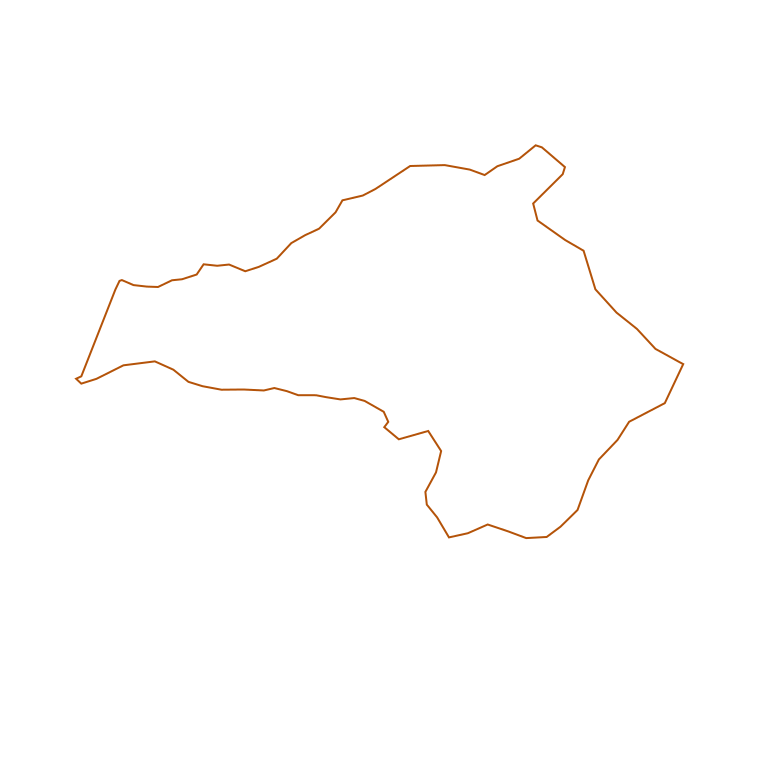 the district of Trimiklini, Limassol, Cyprus, rotated 251°
{"feature_id": "46923920B95743207608063", "entity_name": "Trimiklini", "entity_type": "district", "adm_level": 2, "iso_a3": "CYP", "parent_name": "Cyprus", "parent_adm1": "Limassol", "projection": "equal_earth", "projection_center": [32.914, 34.854], "detail": "fine", "context": "isolated", "style": "outline", "palette": "amber", "viewbox_px": 768, "rotation_deg": 251, "n_neighbors": 0, "source": "geoboundaries", "source_scale": "gbopen_adm2", "svg_char_len": 1219}
<svg xmlns="http://www.w3.org/2000/svg" viewBox="0 0 768 768"><g transform="rotate(251 384 384)"><path d="M489.2,94.6L482.9,97.9L482.5,113.8L486.5,143.7L480.0,174.7L466.1,189.5L449.7,199.8L441.0,211.7L431.5,228.5L424.6,249.2L417.0,268.3L415.9,279.0L408.9,289.8L401.3,299.3L395.5,316.1L390.4,325.0L383.6,337.8L380.4,351.3L374.3,360.2L357.8,374.7L346.8,375.7L343.1,370.2L326.9,380.0L325.2,410.5L302.0,416.2L283.5,404.4L268.5,388.0L256.0,385.2L240.6,390.8L217.8,395.5L215.6,414.7L217.4,436.3L204.0,453.7L192.4,467.8L192.0,468.3L186.4,488.0L191.6,504.4L199.2,520.4L201.9,526.0L226.4,545.7L242.7,562.6L255.1,586.6L268.5,603.5L274.5,643.3L305.4,673.4L308.6,670.4L328.8,652.1L353.7,641.1L375.8,627.1L404.7,614.7L445.0,616.1L461.1,602.2L488.6,582.4L506.1,583.8L524.2,621.3L530.2,625.7L556.4,610.3L560.3,605.1L553.0,585.2L553.0,562.1L548.8,547.2L558.8,534.9L571.2,512.7L581.6,479.7L571.2,439.4L569.1,425.3L571.2,404.5L562.1,394.1L552.0,373.2L550.4,357.9L547.4,342.2L537.4,323.4L535.5,303.7L535.8,289.5L547.4,276.4L550.1,264.8L555.9,252.4L548.5,242.5L548.8,227.1L551.1,217.3L549.3,201.9L553.3,191.5L559.1,179.3L567.6,170.0L567.6,167.5L560.8,160.8L489.8,100.3L489.2,94.6Z" fill="none" stroke="#b45309" stroke-width="2"/></g></svg>